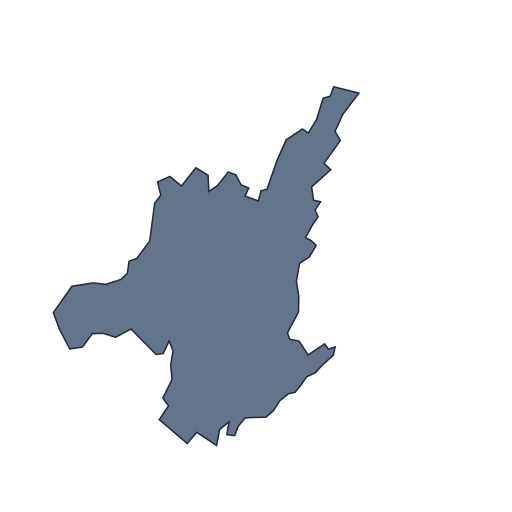 map outline of Kiev City (Mercator projection), rotated 220°
{"feature_id": "UKR-4826", "entity_name": "Kiev City", "entity_type": "Municipality", "adm_level": 1, "iso_a3": "UKR", "parent_name": "Ukraine", "parent_adm1": "", "projection": "mercator", "projection_center": [30.516, 50.341], "detail": "fine", "context": "isolated", "style": "filled", "palette": "slate", "viewbox_px": 512, "rotation_deg": 220, "n_neighbors": 0, "source": "natural_earth", "source_scale": "10m", "svg_char_len": 1333}
<svg xmlns="http://www.w3.org/2000/svg" viewBox="0 0 512 512"><g transform="rotate(220 256 256)"><path d="M338.9,65.1L359.2,73.4L374.8,82.3L377.6,114.5L363.5,130.7L352.7,137.9L344.4,151.2L343.4,160.1L349.9,170.4L345.8,177.6L347.0,199.0L367.5,231.3L368.1,241.4L379.0,249.5L373.1,261.6L358.1,261.7L358.8,285.0L344.5,287.0L333.6,275.1L330.8,285.0L331.3,302.5L323.6,305.2L313.2,300.9L305.2,303.4L303.0,294.8L289.5,299.7L294.1,309.1L290.5,314.2L301.3,342.6L307.6,364.5L302.1,383.1L295.0,383.9L297.3,399.3L306.0,420.0L301.9,426.1L305.2,435.6L281.9,446.9L280.5,419.9L275.5,402.3L265.6,398.6L263.5,370.6L254.2,370.2L257.8,344.7L247.7,335.7L241.4,339.1L240.2,329.0L233.6,326.0L232.6,315.3L229.8,301.9L223.6,303.3L216.7,302.8L214.5,289.4L217.9,278.4L208.7,262.5L197.2,252.5L187.5,240.5L182.5,217.4L176.8,213.9L168.2,218.5L152.5,213.7L146.9,232.8L140.6,231.2L137.0,237.3L133.0,229.7L135.1,214.9L135.4,205.1L139.5,196.0L138.6,186.3L138.4,176.6L142.6,171.4L144.7,160.5L143.2,148.8L144.8,138.9L153.3,131.4L160.1,125.2L160.2,114.3L156.9,104.7L163.5,100.4L170.1,111.6L172.3,99.7L164.4,85.5L188.0,82.9L188.2,68.1L224.9,68.5L226.7,85.0L236.1,87.3L241.0,107.6L251.3,117.6L258.5,129.9L267.9,135.1L264.4,121.6L269.3,116.4L304.9,119.7L311.3,103.5L323.2,98.6L331.5,91.3L330.4,74.7L338.9,65.1Z" fill="#64748b" stroke="#1e293b" stroke-width="1.5"/></g></svg>